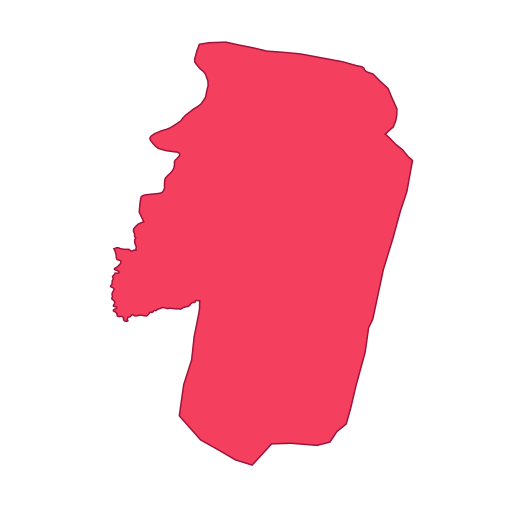 Deiyai, Papua, Indonesia (Equal Earth projection), rotated 98°
{"feature_id": "22746128B51921656212420", "entity_name": "Deiyai", "entity_type": "district", "adm_level": 2, "iso_a3": "IDN", "parent_name": "Indonesia", "parent_adm1": "Papua", "projection": "equal_earth", "projection_center": [136.433, -4.156], "detail": "fine", "context": "isolated", "style": "filled", "palette": "rose", "viewbox_px": 512, "rotation_deg": 98, "n_neighbors": 0, "source": "geoboundaries", "source_scale": "gbopen_adm2", "svg_char_len": 6073}
<svg xmlns="http://www.w3.org/2000/svg" viewBox="0 0 512 512"><g transform="rotate(98 256 256)"><path d="M463.6,230.7L439.9,214.4L436.6,195.6L435.0,169.1L430.0,156.9L418.5,151.4L409.8,143.3L394.0,141.1L370.2,138.9L336.1,134.5L311.2,134.5L302.5,131.6L251.6,128.0L219.6,122.9L190.9,119.2L171.4,115.6L139.6,114.3L136.3,119.4L130.5,125.5L126.0,133.2L119.4,141.7L117.3,145.1L115.5,143.3L113.0,141.4L109.1,138.0L102.4,136.4L96.8,136.2L90.7,136.9L79.8,143.8L71.8,148.5L65.5,157.6L59.5,165.5L58.2,172.0L56.8,174.3L54.9,175.4L53.8,177.7L53.6,182.1L53.1,186.2L52.6,189.8L51.6,197.2L50.9,213.4L50.3,226.1L49.7,240.9L50.6,259.2L51.6,273.6L50.3,287.1L49.4,302.8L48.4,315.9L51.3,332.0L54.2,341.5L55.4,341.8L56.6,342.0L61.1,343.1L65.5,343.6L69.8,344.2L72.5,343.5L74.4,341.8L78.4,337.4L80.8,333.5L83.2,331.2L89.4,328.0L93.8,327.1L98.8,327.7L102.7,327.9L105.5,328.0L109.8,329.9L113.1,331.6L116.3,334.7L119.2,338.4L122.7,341.7L126.1,345.1L129.4,347.5L132.9,349.4L136.7,353.7L140.9,358.6L142.9,362.0L145.3,367.3L148.9,373.3L152.0,376.7L153.6,377.4L155.1,377.3L156.7,376.0L159.1,373.5L161.6,370.4L163.0,367.6L163.7,363.7L164.2,358.9L164.2,352.9L164.1,348.2L164.9,346.2L166.0,345.6L167.7,345.9L170.6,347.9L172.4,349.4L174.4,349.9L176.9,349.4L179.7,349.5L182.5,350.2L186.1,352.5L188.6,354.6L190.4,355.8L191.5,356.6L193.4,356.9L198.0,356.6L201.5,356.0L204.8,356.9L206.5,358.3L207.3,360.2L208.2,363.3L209.2,367.5L210.0,370.8L210.8,373.7L211.4,375.6L212.2,376.8L213.5,378.0L216.2,378.2L219.8,378.2L223.8,378.0L228.7,377.8L237.8,371.9L239.1,374.5L240.0,375.8L240.6,376.9L241.1,377.4L243.3,379.1L245.8,380.8L247.7,380.9L248.7,380.7L250.7,379.5L251.2,379.2L253.2,379.1L253.5,379.0L254.8,377.7L257.0,378.4L259.5,377.9L260.8,377.5L262.6,376.4L263.7,375.8L265.8,375.9L266.9,375.6L267.0,377.0L267.2,377.7L267.5,378.3L268.2,378.9L268.4,379.6L268.4,380.2L268.3,380.8L268.0,381.3L267.6,381.8L267.4,382.1L267.1,382.7L267.1,383.2L267.2,383.9L267.3,384.6L267.5,385.4L267.6,386.0L267.6,386.7L267.7,388.3L267.7,390.6L267.4,391.9L267.2,392.4L267.0,393.8L267.0,394.3L267.1,394.9L267.2,395.3L267.4,395.6L268.1,396.5L268.5,397.7L269.9,396.8L270.6,396.3L272.2,395.6L274.8,394.5L276.2,394.3L276.9,394.1L277.6,393.9L278.3,393.6L278.6,393.3L278.9,393.0L279.1,391.9L279.2,390.6L279.4,390.0L279.7,389.5L280.5,388.9L281.7,388.9L282.8,389.4L283.8,390.2L284.9,390.9L285.9,391.7L287.0,393.0L287.8,394.1L288.6,394.5L289.1,394.1L289.5,392.8L290.2,390.2L290.7,389.5L291.2,389.3L291.6,389.4L291.9,389.6L292.2,390.1L292.3,390.9L292.4,392.2L292.5,393.1L292.9,393.4L293.3,393.4L294.4,393.9L295.3,394.6L296.0,395.2L296.3,395.3L296.7,395.1L297.0,394.8L297.3,394.6L297.9,394.5L298.3,394.3L299.0,394.3L299.5,394.5L300.2,394.8L300.8,395.0L301.3,394.9L302.1,394.8L302.9,394.7L303.4,394.7L303.8,394.8L304.3,394.9L305.3,395.5L305.7,395.7L306.0,395.8L306.3,395.7L306.5,395.7L306.8,395.2L307.3,393.4L307.8,392.5L308.3,392.1L309.1,392.0L309.7,392.1L310.2,392.3L310.9,392.6L311.6,392.9L312.3,393.1L312.9,393.2L313.6,393.3L314.1,393.3L315.1,392.9L315.7,392.6L316.1,392.5L317.4,392.8L318.0,392.9L318.5,392.8L318.8,392.5L319.9,390.7L320.2,390.3L320.7,389.9L321.3,389.6L322.0,389.4L322.7,389.4L323.7,389.7L324.4,390.2L324.6,390.2L324.8,390.3L325.2,390.3L325.4,390.2L325.5,390.0L325.7,389.8L325.7,389.5L325.8,389.1L325.8,388.5L325.8,387.9L325.9,387.5L326.1,387.2L326.4,386.9L326.6,386.7L327.0,386.8L327.4,387.0L327.7,387.3L328.3,388.4L328.5,388.8L328.7,389.1L328.9,389.3L329.3,389.6L329.6,389.7L329.9,389.7L330.1,389.6L330.3,389.4L330.5,389.1L330.7,388.7L330.8,388.3L330.9,387.8L331.0,387.5L331.2,387.2L331.3,386.9L331.6,386.6L331.9,386.2L332.3,385.9L332.5,385.7L332.8,385.6L333.0,385.5L333.5,385.4L333.9,385.4L334.2,385.3L334.6,385.1L334.7,384.9L334.8,384.8L334.9,384.5L335.0,384.2L335.0,383.9L335.1,383.7L335.1,383.3L335.0,382.9L335.0,382.5L334.7,381.9L334.6,381.5L334.6,381.1L334.5,380.8L334.5,380.5L334.6,380.2L334.7,379.9L334.8,379.6L335.0,379.3L335.2,379.1L335.4,378.8L335.7,378.7L336.0,378.6L336.8,378.5L337.2,378.4L337.5,378.2L337.8,378.0L338.0,377.9L338.2,377.6L338.4,377.4L338.6,377.0L338.7,376.6L338.7,376.1L338.7,375.6L338.7,375.2L338.6,374.8L338.5,374.5L338.4,374.2L338.2,374.0L338.0,373.9L337.7,373.9L336.8,374.6L336.6,374.7L336.2,374.7L335.8,374.5L335.3,374.5L335.1,374.5L334.8,374.4L334.6,374.2L334.3,373.7L333.9,372.7L333.6,372.3L333.3,371.9L332.9,371.6L332.1,371.1L331.7,370.8L331.5,370.5L331.4,370.3L331.3,369.9L331.3,369.6L331.4,369.3L331.5,369.0L331.7,368.7L331.9,368.2L332.1,367.8L332.1,367.2L332.1,366.6L331.9,365.9L331.4,364.6L331.2,364.2L331.1,363.6L330.9,363.0L330.7,362.5L330.6,362.1L330.5,361.6L330.5,361.0L330.6,360.5L330.6,360.0L330.7,359.5L330.7,357.5L330.7,357.3L330.7,356.9L330.7,356.6L330.6,356.2L330.3,355.8L329.9,355.3L329.5,355.0L329.0,354.6L328.4,354.2L327.8,353.9L327.4,353.7L326.8,353.4L326.6,353.2L326.5,352.9L326.4,352.6L326.4,352.1L326.2,351.4L326.1,350.8L325.7,350.4L325.4,350.1L325.1,349.9L324.7,349.8L324.4,349.6L324.3,349.4L324.1,349.1L324.1,348.1L324.0,347.7L323.8,347.4L323.5,347.0L322.6,346.0L322.3,345.7L322.1,345.4L322.0,345.1L321.9,344.8L321.8,344.5L321.6,344.0L321.4,343.5L321.0,343.0L320.7,342.7L320.4,342.4L320.3,342.0L320.2,341.5L320.1,341.0L320.0,340.2L320.0,339.6L320.0,339.0L320.0,338.5L320.4,337.0L320.4,336.6L320.4,336.0L320.2,335.5L320.0,335.0L319.8,334.5L319.6,334.0L319.6,333.5L319.6,332.6L319.6,331.4L319.6,330.7L319.6,329.9L319.5,328.5L319.5,328.0L319.4,326.9L319.3,326.6L319.2,326.0L319.1,325.7L319.0,325.3L319.0,324.8L319.2,324.2L319.2,323.9L319.1,323.5L319.0,323.1L318.8,322.8L318.6,322.6L318.4,322.3L317.5,321.2L317.3,320.9L317.1,320.6L316.1,318.5L315.7,317.1L315.3,316.1L315.1,315.8L314.9,315.6L314.5,315.2L313.9,314.7L313.6,314.5L313.2,314.2L312.3,313.9L311.9,313.5L311.6,313.2L311.3,312.8L311.1,312.4L310.8,312.0L310.6,310.8L310.4,310.3L310.2,310.0L309.8,309.8L309.5,309.8L309.1,309.7L308.8,309.7L308.7,309.6L308.5,309.3L308.4,309.0L308.3,307.9L308.3,306.9L308.3,306.2L308.2,305.9L308.1,305.5L316.0,304.6L320.4,304.6L344.2,306.0L368.0,305.3L393.5,309.7L424.9,309.7L445.8,285.3L453.3,266.1L460.8,247.9L463.6,230.7Z" fill="#f43f5e" stroke="#9f1239" stroke-width="1.5"/></g></svg>